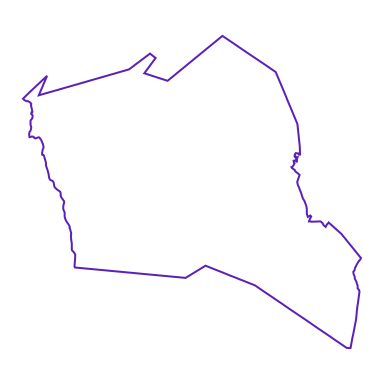 outline of Mesones Hidalgo, Oaxaca, Mexico
{"feature_id": "50627088B85326634541004", "entity_name": "Mesones Hidalgo", "entity_type": "district", "adm_level": 2, "iso_a3": "MEX", "parent_name": "Mexico", "parent_adm1": "Oaxaca", "projection": "equal_earth", "projection_center": [-98.01, 16.918], "detail": "fine", "context": "isolated", "style": "outline", "palette": "violet", "viewbox_px": 384, "rotation_deg": 0, "n_neighbors": 0, "source": "geoboundaries", "source_scale": "gbopen_adm2", "svg_char_len": 4415}
<svg xmlns="http://www.w3.org/2000/svg" viewBox="0 0 384 384"><path d="M74.9,267.5L96.3,269.5L179.3,277.3L185.6,277.9L205.5,265.7L212.0,268.3L212.5,268.5L222.4,272.4L230.0,275.5L236.7,278.1L240.6,279.7L241.1,279.8L241.4,280.0L243.0,280.6L249.0,283.0L252.3,284.3L254.0,285.0L255.2,285.5L259.1,288.2L261.0,289.5L265.5,292.6L268.7,294.7L276.6,300.1L281.5,303.4L283.1,304.5L285.3,306.1L288.6,308.3L289.9,309.2L295.7,313.1L299.8,315.9L304.9,319.3L309.4,322.4L314.2,325.7L318.5,328.7L323.1,331.8L327.0,334.4L331.8,337.7L336.1,340.7L346.7,347.9L350.5,348.1L351.0,345.8L351.5,342.7L352.4,337.9L353.4,333.5L353.5,332.7L354.4,328.1L354.9,325.3L356.0,319.9L356.7,313.1L356.7,312.2L357.3,307.0L358.2,301.1L359.5,291.6L358.9,289.8L358.7,289.6L358.0,288.8L357.6,288.3L357.7,286.5L357.6,285.5L356.9,283.9L356.8,283.5L356.6,282.1L355.9,280.8L354.9,278.8L354.8,278.5L354.8,277.4L354.7,276.9L354.2,275.5L353.6,274.1L353.4,272.8L353.3,272.3L353.3,271.7L354.4,270.5L354.9,268.6L355.3,267.2L355.7,266.6L356.5,265.0L357.4,263.4L358.2,262.0L358.6,261.5L358.9,261.3L359.2,260.6L360.0,259.9L360.4,259.2L361.0,258.1L358.4,254.9L351.8,246.7L348.1,242.2L346.1,239.7L342.9,235.8L341.7,234.2L331.2,224.8L328.6,222.5L328.2,223.2L326.9,224.5L325.7,226.9L324.6,225.9L323.8,225.5L322.4,222.9L321.9,222.6L321.4,222.2L321.0,221.7L320.3,221.4L312.4,221.7L311.8,221.7L311.0,221.6L310.5,221.5L310.1,221.4L309.0,221.4L310.0,218.8L310.8,217.4L311.2,216.5L310.2,215.5L307.9,217.0L306.9,214.2L306.8,211.9L306.8,208.5L306.2,205.6L305.3,203.3L304.3,200.7L303.1,198.9L302.4,197.1L301.1,192.9L299.8,189.7L299.1,187.7L297.9,185.1L297.2,181.9L299.6,174.9L295.2,171.2L295.1,170.9L294.6,169.8L293.9,169.4L293.6,169.3L293.4,169.2L292.9,168.6L291.7,167.8L291.5,167.1L292.2,167.0L293.2,165.7L293.6,165.3L294.3,163.3L294.5,163.3L294.5,163.0L294.4,162.8L294.0,162.4L293.9,162.3L293.6,160.8L294.2,160.8L294.5,160.8L294.6,160.7L295.0,160.4L295.4,160.4L296.0,160.3L296.0,160.9L296.2,161.2L296.3,161.3L296.5,161.4L296.7,161.7L296.8,161.7L297.0,161.4L296.9,160.1L297.0,159.8L296.9,159.6L296.6,159.1L296.3,159.1L296.5,158.6L297.4,157.9L297.6,157.2L297.1,157.4L296.7,157.9L296.4,157.7L296.1,157.4L295.6,156.4L295.2,157.2L294.6,156.5L294.5,156.0L295.0,155.3L294.8,154.6L295.7,153.1L296.0,153.1L296.1,153.3L298.2,153.4L298.8,154.4L299.0,154.5L299.4,154.5L299.5,154.5L299.8,154.6L300.0,154.6L299.8,146.8L297.4,124.0L293.8,115.3L289.6,105.3L287.1,99.4L286.8,98.5L284.0,91.7L275.7,72.0L271.1,68.9L263.4,63.6L257.0,59.3L249.7,54.4L245.7,51.7L241.7,49.0L240.2,47.9L239.5,47.5L238.1,46.5L228.2,39.8L224.5,37.3L222.4,35.9L209.7,46.3L167.6,80.8L144.3,73.3L155.6,58.0L150.0,53.6L129.0,69.4L38.8,95.3L47.1,75.8L29.4,92.4L23.0,98.7L23.8,99.6L25.1,100.5L25.9,100.8L26.3,101.1L27.8,101.1L28.6,101.6L29.5,101.9L30.2,102.6L31.2,103.6L31.2,104.4L30.9,104.9L31.0,105.6L31.4,107.1L32.1,110.4L32.4,112.0L32.2,112.4L31.5,112.4L31.3,113.0L31.3,113.8L31.3,114.2L31.9,114.5L32.2,114.7L32.4,115.2L32.6,116.0L32.6,116.9L32.4,117.5L32.3,118.2L31.6,119.1L30.6,120.4L30.5,122.1L30.6,123.8L30.5,124.8L30.9,126.0L31.2,126.9L31.2,127.8L31.0,128.8L30.8,129.7L30.4,131.0L29.5,132.0L29.2,133.6L29.2,135.1L29.5,137.1L30.2,137.1L31.0,136.7L31.7,136.5L33.0,136.6L33.9,137.2L34.2,137.4L34.3,137.6L34.5,137.9L34.5,138.1L35.3,138.4L36.6,138.0L38.0,137.4L39.1,137.4L39.9,138.2L41.3,140.2L42.5,143.2L42.8,143.7L43.0,144.5L43.2,145.4L43.5,146.5L43.5,147.2L43.5,147.7L43.3,148.3L43.0,148.9L42.6,149.9L42.1,152.8L42.1,154.2L42.4,154.9L42.8,154.8L43.4,154.9L44.0,155.8L44.6,158.0L45.3,160.2L45.6,161.5L46.0,163.0L45.9,164.3L46.1,165.9L46.8,168.0L47.6,170.3L48.2,172.7L48.4,173.1L48.5,173.6L48.6,174.1L48.8,175.7L49.1,177.6L49.6,178.9L50.2,179.9L50.8,180.2L51.6,180.5L52.8,181.1L53.2,181.6L53.7,182.8L54.0,184.5L54.3,186.4L54.7,187.2L55.8,188.4L56.8,189.3L57.8,190.0L58.6,190.6L59.7,191.3L60.3,192.1L60.7,193.2L60.6,194.9L60.9,196.5L61.8,198.1L62.8,199.4L63.5,200.5L64.1,201.2L64.1,202.0L64.1,202.5L64.0,203.3L63.8,203.9L63.6,204.2L63.6,204.6L63.4,205.5L63.2,207.3L63.3,209.0L63.7,210.4L64.3,211.6L64.7,212.8L64.6,215.0L64.7,217.0L65.1,218.4L65.8,220.3L67.0,222.2L68.0,223.6L69.1,225.4L69.7,226.8L69.7,227.2L69.5,227.8L70.2,229.3L70.5,230.6L71.0,232.6L71.2,233.7L70.9,235.9L71.0,237.2L71.2,239.8L71.5,241.6L71.8,243.8L71.8,246.2L71.8,249.6L72.2,250.6L73.4,251.7L74.1,252.7L74.6,253.3L75.2,254.7L75.2,257.1L75.0,260.2L74.7,263.2L74.7,264.4L74.5,265.6L74.6,266.7L74.9,267.5Z" fill="none" stroke="#5b21b6" stroke-width="2"/></svg>